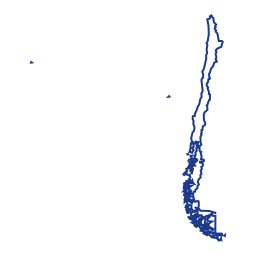 map outline of Chile (Mercator projection)
{"feature_id": "CHL", "entity_name": "Chile", "entity_type": "country or territory", "adm_level": 0, "iso_a3": "CHL", "parent_name": "South America", "parent_adm1": "", "projection": "mercator", "projection_center": [-72.304, -36.699], "detail": "fine", "context": "isolated", "style": "outline", "palette": "blue", "viewbox_px": 256, "rotation_deg": 0, "n_neighbors": 0, "source": "natural_earth", "source_scale": "50m", "svg_char_len": 6067}
<svg xmlns="http://www.w3.org/2000/svg" viewBox="0 0 256 256"><path d="M207.3,19.3L209.5,18.7L210.1,17.7L209.9,16.3L211.4,15.4L212.3,17.4L213.3,17.9L213.9,22.3L216.2,24.5L215.1,25.9L215.7,27.1L214.8,27.7L214.8,29.3L216.1,30.3L215.7,31.6L217.4,33.5L218.8,41.0L221.9,41.0L222.7,41.8L221.2,46.9L217.1,48.7L215.7,50.5L216.5,52.2L215.6,53.8L216.4,57.5L215.6,59.1L216.8,61.6L214.4,62.5L212.9,66.5L210.8,69.0L210.0,72.5L209.1,73.7L209.4,77.6L209.9,78.1L209.4,79.1L208.5,79.1L207.8,82.6L206.9,83.2L206.6,85.4L208.1,87.5L207.6,88.2L209.1,92.5L208.8,94.2L210.0,94.6L209.9,99.7L209.0,100.1L207.4,104.8L206.7,105.3L207.3,106.9L207.4,109.9L204.4,112.5L203.8,114.3L203.9,119.5L205.4,124.0L204.9,125.1L202.9,126.2L202.3,130.1L201.4,130.3L201.7,132.6L201.0,133.5L201.6,134.5L200.4,137.2L200.6,142.3L201.3,144.7L199.7,146.0L199.5,148.0L199.7,151.0L201.3,152.0L200.6,152.7L201.6,156.4L201.0,159.2L203.7,159.6L204.0,160.3L203.5,161.6L199.9,161.7L200.0,162.5L202.0,163.0L203.1,164.6L202.4,166.4L201.3,166.9L201.8,169.3L200.7,170.6L201.5,173.8L200.4,175.0L200.6,177.5L198.6,179.4L197.8,182.0L198.9,184.4L197.4,186.4L197.4,188.2L195.5,189.7L195.0,191.7L193.6,191.8L193.1,193.7L193.4,197.5L195.0,201.8L197.9,200.9L198.6,201.4L198.8,205.9L198.3,207.6L200.3,210.7L209.4,211.0L216.2,213.1L212.6,212.5L210.9,214.4L205.6,216.6L204.7,224.3L203.4,225.1L199.4,223.2L198.3,221.0L200.4,220.1L201.0,221.4L200.7,222.3L201.1,222.0L201.3,220.1L203.4,218.6L203.7,217.0L202.9,216.6L198.9,219.4L197.7,221.9L195.4,220.2L196.9,216.6L198.1,217.0L199.6,215.8L202.4,215.4L197.0,214.9L195.1,218.9L192.7,217.2L194.6,216.2L195.1,214.6L193.0,216.0L191.1,215.7L191.0,213.9L189.8,211.8L191.9,212.7L192.6,211.5L194.5,212.1L196.6,210.6L197.6,212.4L197.0,213.6L197.8,212.8L197.4,211.0L197.9,209.8L197.7,208.8L194.9,207.0L197.5,209.5L193.3,211.3L192.3,209.5L190.3,208.6L191.5,208.2L191.4,205.6L187.5,204.2L186.2,201.4L188.0,201.3L187.6,199.9L188.2,199.1L189.5,200.0L190.5,202.4L192.0,203.3L192.9,201.2L192.7,200.1L191.2,202.5L190.3,200.9L190.3,200.0L191.4,200.2L188.3,198.0L189.6,196.4L191.3,196.6L189.7,195.1L189.8,193.8L191.9,193.9L190.7,192.6L191.4,189.8L190.1,193.1L189.5,192.4L189.6,186.9L191.1,186.0L189.0,186.0L188.5,182.8L193.9,183.8L192.9,182.8L192.4,180.5L191.4,182.4L190.1,182.6L188.2,180.8L188.7,179.9L190.0,180.7L190.5,180.1L189.0,179.0L190.4,177.4L189.7,174.7L188.8,175.4L186.6,174.4L186.7,172.9L184.2,174.2L184.7,175.7L183.4,174.2L187.0,170.6L186.3,168.8L190.4,168.1L190.6,166.3L191.3,165.7L191.9,166.0L191.1,169.9L189.4,171.0L191.3,170.6L191.7,168.6L192.3,168.4L192.5,170.0L191.4,173.1L191.8,173.3L193.0,168.9L192.2,167.7L192.4,166.2L194.5,165.4L196.0,166.0L193.7,164.7L193.8,163.8L197.1,160.5L197.2,159.6L194.5,157.9L194.6,156.2L195.3,155.9L195.7,154.5L195.3,152.6L196.8,150.8L196.3,148.5L196.7,147.5L197.3,147.6L196.7,146.0L197.3,145.7L198.3,146.8L197.9,144.3L196.5,143.9L198.5,142.3L198.7,141.4L197.7,142.6L195.9,141.5L194.6,143.1L192.3,142.9L192.8,141.9L191.8,141.1L191.2,138.3L192.6,132.3L193.8,131.2L194.6,127.9L193.3,123.8L193.6,121.1L192.7,119.1L192.7,117.1L192.9,116.2L194.7,116.1L195.1,113.4L197.5,108.2L197.4,107.2L199.2,104.5L200.2,99.4L201.7,96.6L201.3,93.6L202.7,91.3L201.5,80.5L201.7,78.9L202.9,77.9L203.3,75.4L202.3,71.6L203.9,68.8L206.3,58.4L206.0,55.6L207.2,53.0L206.6,49.9L207.4,44.6L206.5,43.1L207.7,41.1L208.8,34.5L208.5,25.8L207.3,19.3ZM215.4,215.8L215.3,232.6L211.5,232.6L210.5,231.5L207.0,232.3L200.6,230.6L201.1,229.3L204.3,229.4L205.6,228.5L206.0,229.7L207.8,230.1L205.3,226.8L205.3,225.1L206.3,224.6L206.1,223.9L206.8,223.1L207.5,225.9L206.4,226.0L206.8,227.0L208.4,228.9L210.4,228.3L212.6,230.3L213.5,229.1L209.3,226.8L208.5,225.1L208.8,223.8L212.1,221.5L207.7,221.2L207.2,219.0L208.6,218.0L207.5,216.5L209.5,217.0L211.9,214.5L213.0,215.9L215.4,215.8ZM192.2,152.7L189.4,152.0L190.2,149.8L191.0,143.2L193.3,143.8L193.8,145.6L193.3,146.4L193.5,147.3L192.1,148.0L193.7,150.2L192.3,151.6L192.2,152.7ZM188.7,188.0L189.1,194.4L188.5,196.6L187.7,196.7L187.2,194.7L187.9,192.6L186.8,193.3L186.3,195.6L184.1,195.1L184.3,194.0L185.1,194.0L185.2,193.1L184.5,192.1L186.2,191.5L185.7,190.7L186.9,189.4L187.1,187.8L188.7,188.0ZM209.7,232.8L216.2,233.4L216.4,234.1L215.5,235.0L217.0,235.8L218.0,238.9L214.3,237.3L214.2,235.7L212.9,235.1L212.1,236.1L212.9,237.5L211.9,237.3L209.3,234.9L209.7,232.8ZM192.5,158.5L191.1,160.5L192.3,164.8L190.7,165.2L190.7,164.4L188.4,160.9L188.9,159.8L190.7,159.3L191.2,157.7L192.5,158.5ZM193.6,221.5L196.2,222.8L198.0,222.8L199.2,224.5L198.3,226.0L196.2,226.9L195.8,226.5L196.7,224.9L195.5,224.7L195.3,226.0L194.7,225.9L194.2,223.9L191.8,222.5L193.6,221.5ZM200.2,225.1L204.6,226.8L204.7,227.9L204.0,228.9L202.6,227.8L200.4,228.3L199.2,226.3L200.2,225.1ZM222.4,235.0L221.2,236.1L220.5,235.2L217.9,235.5L216.9,233.6L221.7,233.6L222.4,235.0ZM188.6,186.8L187.0,187.1L185.5,183.0L187.4,181.8L188.6,186.8ZM185.9,187.1L183.8,188.0L183.7,186.8L184.3,185.1L184.1,183.3L184.9,183.0L185.9,187.1ZM195.7,161.7L193.9,161.7L193.7,160.8L194.5,159.0L196.7,160.0L195.7,161.7ZM187.4,208.3L187.6,209.7L188.7,210.7L188.0,213.0L187.3,213.0L186.2,209.4L187.4,208.3ZM187.9,216.5L192.7,218.9L195.1,221.0L189.9,219.0L187.9,216.5ZM190.1,167.1L188.0,167.4L189.7,164.2L190.1,167.1ZM202.7,232.9L205.6,233.5L207.3,233.0L207.9,234.7L207.1,235.2L202.7,232.9ZM186.1,188.5L184.9,190.7L183.7,191.0L184.4,190.2L184.0,188.7L186.1,188.5ZM187.4,198.0L185.5,199.3L184.6,199.0L185.2,196.7L187.2,197.4L187.4,198.0ZM188.6,205.7L188.3,206.6L186.4,206.6L185.3,208.2L185.9,205.7L188.6,205.7ZM186.1,200.2L184.6,201.9L184.7,200.0L186.1,200.2ZM192.8,162.0L192.0,160.9L192.1,160.3L192.8,160.7L192.8,162.0ZM190.5,210.0L189.6,210.2L189.0,209.0L190.5,210.0ZM187.0,181.2L185.4,181.2L187.0,181.0L187.0,181.2ZM221.1,238.4L221.3,240.0L220.2,239.4L221.1,238.4ZM192.0,155.7L191.3,156.3L190.5,156.0L190.5,155.7L192.0,155.7ZM220.4,240.4L219.0,240.6L218.9,240.5L220.4,240.4ZM224.9,235.1L224.8,235.9L224.4,235.6L224.9,235.1ZM31.8,62.5L31.1,62.6L31.3,62.1L31.8,62.5ZM169.4,96.6L168.6,96.7L169.1,96.2L169.4,96.6ZM188.1,154.3L187.5,154.5L187.3,154.1L187.8,153.9L188.1,154.3Z" fill="none" stroke="#1e3a8a" stroke-width="2"/></svg>